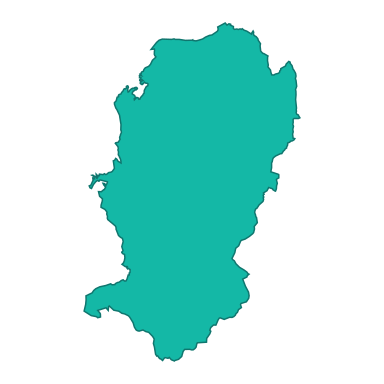 outline of Simisna, Salaj, Romania
{"feature_id": "2599482B9011696983291", "entity_name": "Simisna", "entity_type": "district", "adm_level": 2, "iso_a3": "ROU", "parent_name": "Romania", "parent_adm1": "Salaj", "projection": "albers", "projection_center": [23.609, 47.214], "detail": "fine", "context": "isolated", "style": "filled", "palette": "teal", "viewbox_px": 384, "rotation_deg": 0, "n_neighbors": 0, "source": "geoboundaries", "source_scale": "gbopen_adm2", "svg_char_len": 5907}
<svg xmlns="http://www.w3.org/2000/svg" viewBox="0 0 384 384"><path d="M210.8,331.2L209.8,330.3L210.7,327.6L213.5,325.0L215.9,325.1L218.2,319.7L219.3,318.1L220.3,317.9L224.2,319.4L229.5,317.3L232.1,317.4L233.8,316.6L235.4,315.1L236.0,313.6L237.4,312.4L238.5,309.6L241.4,307.6L240.5,304.7L241.0,303.5L246.4,301.8L248.7,298.3L249.1,295.7L248.5,292.1L245.4,286.2L242.7,279.1L246.9,277.0L247.3,275.6L249.0,274.2L248.0,273.7L246.9,272.1L243.9,269.9L239.5,267.3L235.9,263.7L234.4,260.9L232.7,259.6L232.0,258.5L234.8,252.7L235.7,248.3L238.7,245.8L240.6,241.1L241.5,240.3L245.1,239.1L249.4,236.4L252.6,233.8L253.6,232.6L254.5,229.0L254.2,226.5L257.3,222.7L256.5,217.4L255.8,216.7L255.5,214.8L254.7,212.8L254.9,210.9L255.7,208.9L256.9,208.3L259.1,204.9L263.0,201.4L263.6,199.5L263.2,197.8L263.8,197.1L263.2,195.7L263.4,194.8L264.1,194.3L263.4,193.0L267.0,190.7L268.7,187.5L272.6,188.8L272.9,189.7L275.3,191.2L275.6,191.0L276.4,188.8L276.6,185.7L277.3,183.4L276.4,179.7L277.1,178.8L278.8,177.9L278.8,175.2L278.7,174.5L277.5,174.0L270.8,171.8L271.6,167.8L271.6,162.8L272.2,161.8L272.8,158.8L273.5,157.7L275.6,156.0L280.2,153.8L281.8,153.6L283.4,151.1L284.7,149.9L285.1,149.0L286.6,148.0L286.6,147.1L287.6,145.1L287.7,143.0L289.8,142.2L290.4,141.3L292.5,140.8L294.2,139.7L294.8,138.6L293.1,138.2L292.6,134.0L293.2,131.9L292.8,129.4L293.5,126.2L292.8,124.4L293.2,122.5L293.1,119.4L294.0,118.5L298.5,118.5L299.9,117.8L298.6,115.8L298.4,115.0L296.7,114.2L296.1,112.4L296.5,111.2L296.2,109.9L296.5,108.1L295.6,99.6L296.0,94.9L295.9,91.3L295.5,89.6L296.7,86.3L296.0,80.4L295.4,78.7L296.0,76.1L295.6,73.4L293.8,70.0L293.1,69.3L292.0,65.6L290.0,63.1L290.2,62.2L288.8,61.4L286.2,64.0L285.5,66.0L280.8,68.6L280.7,69.9L279.7,71.1L279.6,72.2L278.5,73.3L275.3,74.1L273.9,75.0L271.8,74.9L270.9,72.4L270.5,70.1L267.9,66.8L268.3,65.1L267.5,60.8L267.6,57.1L268.0,56.0L263.7,53.5L262.8,53.4L260.7,51.1L260.1,45.9L260.5,43.7L258.3,40.4L257.8,38.6L256.1,36.6L254.1,35.5L253.4,33.8L253.7,32.2L253.1,31.0L251.8,32.9L251.5,34.1L246.7,31.1L244.1,30.2L242.2,28.7L241.4,29.4L240.1,28.9L238.2,29.5L236.9,29.0L234.6,29.4L233.4,28.6L233.4,26.5L230.4,25.2L230.7,24.3L230.3,24.1L228.9,23.8L227.0,25.1L225.2,23.0L217.7,27.0L218.1,28.7L218.0,30.1L217.2,31.4L211.9,35.0L209.4,35.4L205.5,37.1L202.6,39.0L198.4,40.3L196.0,40.9L193.1,40.5L192.8,39.8L192.2,40.2L185.5,40.4L179.2,39.4L175.2,39.4L174.1,38.9L171.7,39.4L162.3,39.1L159.1,40.2L156.6,42.4L151.1,49.4L154.4,49.0L154.6,50.7L154.4,51.3L154.3,54.3L154.9,55.8L155.8,56.6L155.7,57.3L152.5,60.2L150.5,64.3L148.6,66.4L145.3,67.8L144.0,69.4L143.3,71.3L141.8,71.9L141.2,72.6L141.3,73.6L140.1,74.0L141.3,75.5L139.8,75.0L139.4,75.5L139.6,76.7L139.5,77.6L140.9,77.6L140.7,78.5L139.7,79.9L139.7,80.4L139.9,80.6L141.0,79.4L141.7,79.4L143.0,80.6L141.0,81.2L141.1,81.8L140.5,81.9L140.2,83.2L140.8,83.9L142.0,84.6L142.6,84.4L142.4,83.8L143.6,83.3L144.5,82.2L145.6,83.1L147.6,83.4L148.0,83.9L147.8,85.8L146.3,86.5L144.3,90.3L144.1,93.2L143.2,94.1L143.0,94.8L140.4,97.7L139.9,99.1L138.9,99.3L138.3,98.0L136.8,97.4L134.4,99.8L134.2,98.7L135.5,97.7L134.6,95.4L132.2,93.9L132.3,92.9L133.3,91.1L133.8,91.1L134.7,90.1L136.1,89.9L136.1,89.5L137.3,88.9L137.4,88.3L136.6,87.4L135.5,87.4L134.9,88.2L134.5,87.8L134.0,88.3L132.9,88.1L132.3,88.7L131.7,88.6L129.8,90.2L129.0,91.6L128.1,92.0L127.7,90.7L127.9,88.3L128.4,87.5L128.1,86.2L127.3,85.8L126.4,86.4L126.3,87.2L126.5,88.0L125.3,89.0L124.7,88.7L123.9,89.1L123.0,91.0L121.6,92.5L121.0,93.9L119.0,94.6L118.4,95.4L118.6,96.7L117.1,97.2L116.2,100.8L114.4,102.7L114.5,104.3L115.8,108.0L116.9,109.6L119.5,115.1L121.0,124.6L120.8,130.1L121.2,130.5L121.4,132.7L120.5,134.5L120.4,135.4L119.8,136.8L119.6,137.9L120.1,139.2L118.3,142.2L115.7,142.8L115.3,143.3L118.0,146.7L118.3,148.9L117.9,149.9L118.5,151.8L118.3,154.8L119.5,156.8L119.6,157.7L120.2,158.3L120.9,160.9L121.0,163.0L118.1,161.3L116.8,159.2L115.7,158.4L114.6,160.3L113.3,160.8L114.4,168.4L112.3,171.4L111.2,172.1L108.6,172.6L106.6,174.3L105.6,174.5L104.4,173.7L103.1,174.6L99.4,174.1L99.2,174.5L99.5,175.2L99.3,175.7L98.4,175.7L97.4,177.9L96.9,178.3L96.5,178.1L97.6,175.7L96.2,174.2L96.4,176.6L96.0,177.3L92.9,175.1L92.0,175.3L93.7,176.4L94.3,178.7L92.8,178.1L93.1,180.2L90.9,185.1L89.2,185.9L90.0,187.8L91.5,188.5L93.4,184.6L95.5,182.0L97.3,180.4L98.8,181.2L99.3,181.0L99.2,180.5L99.5,180.2L100.4,180.0L107.4,181.8L107.3,183.0L105.8,185.6L104.7,183.6L103.0,183.3L103.9,185.1L105.6,187.1L104.3,189.6L103.8,189.6L101.3,191.7L98.5,191.6L99.6,196.3L102.4,198.8L102.3,201.0L101.1,205.1L101.0,207.3L104.9,209.4L106.7,211.7L107.0,212.6L106.7,214.0L107.5,216.3L107.3,218.2L107.8,219.6L115.3,225.9L115.9,227.0L116.2,228.6L116.0,229.0L118.5,235.5L120.5,237.3L122.4,238.4L123.2,241.5L121.8,246.6L123.0,250.5L122.5,251.6L121.8,252.0L121.8,252.6L122.9,253.8L124.5,254.4L124.9,257.7L124.3,260.9L123.3,263.1L122.0,264.3L125.4,266.7L127.1,266.5L127.5,267.0L126.8,267.8L127.6,268.9L128.2,268.5L130.1,269.5L130.0,272.6L129.2,273.0L129.3,274.9L128.2,275.0L127.0,279.1L125.9,281.0L124.5,281.0L123.1,279.8L121.3,280.5L119.2,282.2L117.5,282.5L115.4,283.6L114.9,284.6L112.1,284.8L110.7,283.8L105.8,285.5L99.8,286.8L95.8,288.7L93.7,290.5L92.1,292.9L86.0,295.8L86.1,299.9L85.7,304.3L84.1,311.1L91.2,315.6L96.6,316.7L97.6,317.7L99.6,317.3L100.5,317.0L100.4,314.0L99.9,313.0L97.7,310.4L106.0,307.8L108.2,310.4L108.6,306.5L109.3,306.0L113.8,310.2L118.8,311.2L121.9,313.3L124.6,313.9L128.5,315.8L129.8,317.3L133.1,322.7L134.4,327.1L136.1,329.9L137.4,330.7L139.1,331.1L143.0,330.0L145.8,331.6L148.7,332.3L152.6,336.4L154.2,339.0L153.4,343.5L154.4,346.9L155.6,354.3L156.8,356.1L157.6,355.8L159.6,358.6L160.4,358.7L162.6,360.5L164.3,358.1L165.1,357.6L168.1,358.3L169.2,357.4L171.4,359.8L174.4,361.0L174.9,360.5L178.6,359.3L181.7,356.5L183.1,351.5L184.6,349.4L189.6,349.3L191.8,349.9L193.3,349.8L195.0,348.5L196.1,347.1L196.8,343.8L197.4,342.8L206.5,342.2L206.7,338.4L209.8,333.9L210.8,331.2Z" fill="#14b8a6" stroke="#0f766e" stroke-width="1.5"/></svg>